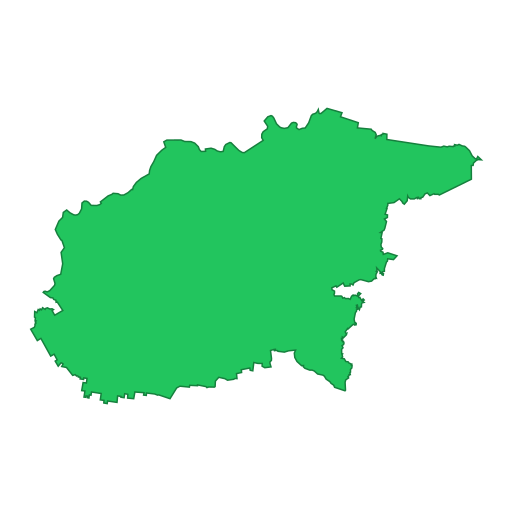 outline of Coatzintla, Veracruz, Mexico
{"feature_id": "50627088B29879698863808", "entity_name": "Coatzintla", "entity_type": "district", "adm_level": 2, "iso_a3": "MEX", "parent_name": "Mexico", "parent_adm1": "Veracruz", "projection": "orthographic", "projection_center": [-97.52, 20.428], "detail": "fine", "context": "isolated", "style": "filled", "palette": "green", "viewbox_px": 512, "rotation_deg": 0, "n_neighbors": 0, "source": "geoboundaries", "source_scale": "gbopen_adm2", "svg_char_len": 6027}
<svg xmlns="http://www.w3.org/2000/svg" viewBox="0 0 512 512"><path d="M45.1,291.2L43.9,291.5L43.2,292.4L50.4,297.6L52.9,297.9L53.7,299.4L55.9,300.2L56.1,302.3L57.3,302.1L62.8,310.5L54.7,315.2L52.1,310.6L53.5,309.6L52.1,308.8L49.8,309.0L47.4,307.8L45.7,308.4L45.1,309.4L42.6,307.7L41.5,309.8L40.1,308.9L39.5,310.4L38.2,309.5L36.9,312.7L34.7,311.5L34.5,317.1L35.4,317.6L35.1,320.5L36.1,320.9L35.2,321.9L35.9,322.9L35.8,323.5L34.9,324.1L35.1,325.2L34.4,327.3L30.7,329.2L37.3,340.6L40.9,338.4L50.7,356.1L54.1,354.2L57.2,359.9L55.2,361.1L58.2,366.2L61.1,362.8L62.1,363.2L63.1,364.0L61.7,366.5L66.5,367.5L72.7,375.4L75.2,374.6L76.5,376.0L77.0,375.7L78.5,376.5L78.4,377.0L80.4,377.3L80.1,378.9L83.6,379.5L83.8,377.9L87.0,378.4L86.4,383.0L83.1,382.5L81.7,390.6L84.9,391.0L84.0,397.1L85.8,397.3L86.0,395.9L87.6,396.1L87.5,397.7L88.9,398.0L89.4,394.9L91.0,395.2L91.5,392.0L101.2,393.5L100.3,399.9L104.0,400.4L103.8,403.0L107.2,403.6L107.6,401.0L117.0,402.4L117.6,395.9L121.0,396.4L120.9,397.2L124.1,397.7L124.7,393.7L127.8,394.3L127.6,398.1L133.7,398.7L134.9,392.0L144.0,392.7L143.6,395.1L146.3,395.4L146.5,393.0L154.7,394.0L157.5,395.1L158.8,394.9L170.0,398.7L176.7,387.9L179.9,386.2L189.4,387.1L189.7,385.3L197.5,385.7L197.5,384.9L206.0,386.6L206.9,387.6L208.7,387.0L214.4,387.1L215.1,386.6L215.4,381.1L218.8,377.3L225.0,378.7L227.5,380.2L233.7,379.3L234.9,378.5L237.0,378.6L236.5,373.6L241.6,372.5L241.3,369.7L249.8,368.0L250.2,370.3L252.8,370.8L253.8,362.5L257.8,363.4L262.2,363.5L262.1,366.2L264.8,367.7L271.0,366.9L269.9,363.1L270.0,361.9L271.4,360.4L271.5,358.4L270.5,350.5L273.7,349.5L274.2,350.4L274.9,349.3L275.4,349.3L275.3,350.5L277.5,350.6L277.9,351.3L284.4,352.1L288.6,350.8L295.6,350.1L294.3,353.1L294.8,357.5L297.0,361.5L301.6,365.7L303.5,365.5L303.3,366.7L304.9,368.3L309.7,370.1L312.1,370.1L314.3,371.0L317.6,374.0L322.9,375.1L324.4,376.2L326.1,379.1L329.9,381.7L331.0,383.3L333.7,385.2L334.6,387.3L345.0,390.8L345.5,390.2L345.1,382.4L345.7,379.9L348.6,377.9L347.9,376.5L349.0,375.7L349.0,374.7L350.3,374.6L349.8,372.7L350.5,372.2L350.5,369.4L351.8,368.0L352.1,365.6L351.8,364.3L351.2,364.9L350.7,363.7L349.2,363.2L348.1,361.8L345.8,361.5L344.3,358.8L341.4,358.2L342.6,356.8L342.0,354.5L342.6,353.9L341.7,353.5L341.6,349.3L343.0,347.8L342.0,345.7L343.6,344.5L344.0,343.0L343.5,341.5L342.7,341.7L342.5,340.4L341.7,340.5L341.5,338.5L342.5,338.7L342.4,337.1L343.4,337.8L346.4,334.8L346.8,333.2L346.0,333.5L345.2,331.9L347.6,328.5L348.0,329.0L353.1,324.4L354.3,324.2L354.5,325.0L356.1,324.8L356.2,323.7L355.7,323.8L355.6,322.7L354.7,322.3L354.1,319.1L355.4,312.7L356.5,311.1L356.5,309.8L357.7,309.2L356.3,307.7L356.9,306.6L356.4,305.3L357.4,305.0L358.1,308.6L358.5,308.3L359.4,309.7L360.2,307.1L361.4,306.9L361.6,303.6L362.2,302.8L364.0,302.4L362.5,301.2L364.2,300.0L363.1,298.9L361.6,300.5L359.8,297.3L358.9,297.6L358.1,296.3L360.7,293.6L358.7,292.4L357.5,293.9L357.8,296.2L355.0,295.1L353.7,295.7L353.1,295.0L351.6,296.2L350.1,299.4L348.4,298.5L345.5,298.6L344.4,297.6L342.8,298.2L341.9,296.4L341.1,296.0L334.6,296.0L333.9,294.3L334.5,293.3L334.5,291.1L332.0,289.7L331.8,287.8L336.0,285.9L336.8,287.2L343.2,283.0L344.7,286.2L350.1,285.9L350.0,284.0L351.9,284.1L353.0,285.0L354.0,282.7L359.2,279.8L360.9,279.6L368.5,281.7L371.6,281.1L374.0,278.8L375.1,278.8L375.4,278.1L376.4,278.3L375.8,276.5L376.0,274.2L377.3,271.8L376.3,271.3L377.0,270.7L376.7,267.9L380.3,271.7L380.1,273.3L381.1,273.2L382.2,274.9L383.2,275.2L383.5,273.7L381.7,272.5L382.5,271.7L384.4,271.3L384.4,268.6L386.5,261.9L387.4,261.2L387.7,258.8L393.5,259.6L397.0,255.8L387.8,252.8L383.3,254.4L383.0,252.2L380.6,251.2L380.5,250.2L382.5,249.3L382.7,248.5L381.3,247.1L380.9,244.6L381.8,242.0L381.9,238.8L380.9,238.4L382.1,232.7L380.5,232.5L384.0,230.2L384.8,228.4L386.5,221.5L384.4,219.0L387.4,217.5L387.5,214.9L385.1,214.2L387.0,208.5L386.5,208.4L387.8,205.3L387.8,203.4L394.0,202.6L399.4,198.8L402.1,201.6L402.6,202.9L404.3,204.2L407.2,200.8L407.7,196.1L408.2,197.2L410.4,198.9L414.3,198.9L417.1,197.4L417.4,198.5L418.6,197.4L419.2,198.7L420.9,198.7L421.0,197.6L422.7,197.2L425.0,193.9L427.3,192.9L429.9,195.6L434.1,193.7L434.6,194.3L438.2,194.3L439.3,195.0L471.4,179.2L471.3,165.5L473.1,165.4L473.5,163.0L476.3,160.4L478.2,159.6L481.3,159.8L477.8,156.5L476.6,158.8L475.3,158.8L472.2,155.9L469.5,150.7L466.0,147.3L464.7,146.3L462.2,145.9L459.0,144.4L457.3,145.2L454.6,144.6L454.7,146.1L453.4,146.1L453.2,146.6L449.1,146.2L447.3,146.9L443.8,146.1L441.0,147.2L428.6,145.9L386.8,139.5L386.9,134.2L383.0,133.4L382.9,134.2L381.3,134.6L381.3,135.7L380.1,135.4L377.0,136.2L375.1,138.7L376.2,134.7L375.2,132.4L372.0,130.4L371.2,129.2L357.4,127.9L358.3,122.7L340.5,116.8L342.0,112.7L327.0,108.4L321.0,113.5L319.4,113.5L319.0,113.0L318.3,109.5L317.2,111.7L315.6,113.3L312.6,114.3L311.3,115.7L308.7,122.8L305.2,128.0L302.2,128.3L299.0,129.6L296.6,128.0L296.4,126.7L297.1,124.6L296.7,123.6L295.6,122.7L293.4,122.4L291.5,123.1L287.9,127.7L284.3,128.4L281.4,127.8L279.7,127.0L276.5,123.8L273.8,118.0L272.4,116.2L271.0,115.6L267.8,116.8L264.2,121.0L267.7,126.3L267.3,128.8L263.2,131.7L261.8,134.2L261.7,137.7L263.2,140.4L244.3,152.7L242.2,152.5L238.8,150.4L231.0,142.7L229.8,142.5L225.8,144.5L224.3,146.7L223.2,151.4L220.4,151.8L217.3,151.0L214.7,149.3L211.1,148.2L205.4,149.0L205.6,151.3L201.2,151.5L199.4,149.6L198.3,146.7L194.7,143.1L190.9,141.6L184.7,141.5L181.0,140.0L166.8,140.1L163.8,141.8L165.7,147.4L161.8,150.2L156.6,155.3L153.8,161.6L150.9,166.6L149.6,170.5L149.2,173.9L141.2,178.4L136.4,182.4L133.4,186.5L132.6,189.6L131.7,189.4L128.0,192.7L123.8,195.0L120.7,195.1L118.0,193.7L113.1,193.3L111.8,194.4L108.1,195.9L100.4,201.9L101.3,203.3L99.8,204.6L96.9,205.5L91.2,205.4L88.5,202.3L86.6,201.2L84.3,201.1L82.0,203.0L81.6,208.9L79.3,213.3L77.6,214.7L75.4,215.1L73.7,214.8L70.0,212.8L66.7,210.0L63.3,212.4L62.6,217.4L58.9,221.1L55.3,229.5L57.4,234.3L61.0,240.0L61.9,240.4L64.4,247.7L61.1,252.4L62.7,263.8L60.7,274.3L56.9,275.6L54.3,277.3L53.6,278.7L55.0,283.4L54.6,285.3L49.8,290.6L47.2,291.9L45.1,291.2Z" fill="#22c55e" stroke="#15803d" stroke-width="1.5"/></svg>